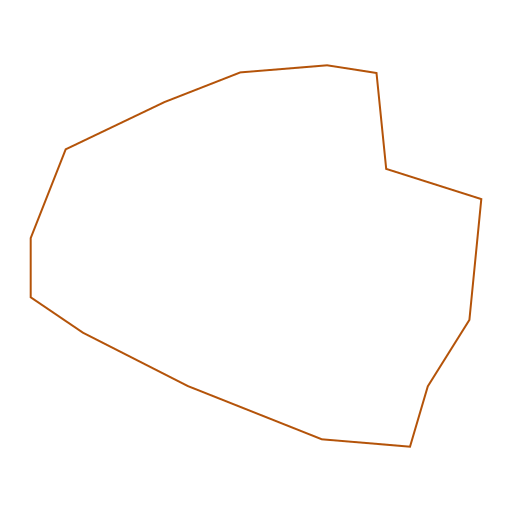 the district of Sinaoros, Nicosia, Cyprus
{"feature_id": "46923920B84244452261126", "entity_name": "Sinaoros", "entity_type": "district", "adm_level": 2, "iso_a3": "CYP", "parent_name": "Cyprus", "parent_adm1": "Nicosia", "projection": "natural_earth1", "projection_center": [32.911, 35.009], "detail": "fine", "context": "isolated", "style": "outline", "palette": "amber", "viewbox_px": 512, "rotation_deg": 0, "n_neighbors": 0, "source": "geoboundaries", "source_scale": "gbopen_adm2", "svg_char_len": 311}
<svg xmlns="http://www.w3.org/2000/svg" viewBox="0 0 512 512"><path d="M327.1,65.3L240.3,72.4L164.6,102.0L65.7,149.3L30.7,238.1L30.7,297.3L83.1,332.8L187.9,386.1L321.8,439.3L410.0,446.7L427.8,386.3L469.4,319.9L481.3,199.1L386.2,168.9L376.5,73.0L327.1,65.3Z" fill="none" stroke="#b45309" stroke-width="2"/></svg>